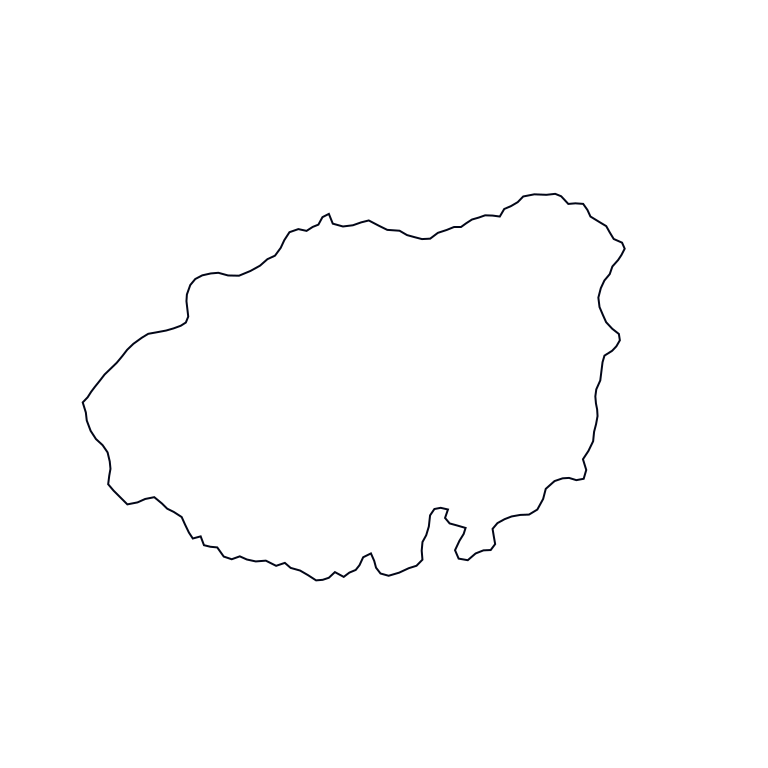 the district of Pedrinópolis, Minas Gerais, Brazil, rotated 137°
{"feature_id": "56859067B59580364886114", "entity_name": "Pedrinópolis", "entity_type": "district", "adm_level": 2, "iso_a3": "BRA", "parent_name": "Brazil", "parent_adm1": "Minas Gerais", "projection": "orthographic", "projection_center": [-47.512, -19.19], "detail": "fine", "context": "isolated", "style": "outline", "palette": "ink", "viewbox_px": 768, "rotation_deg": 137, "n_neighbors": 0, "source": "geoboundaries", "source_scale": "gbopen_adm2", "svg_char_len": 2626}
<svg xmlns="http://www.w3.org/2000/svg" viewBox="0 0 768 768"><g transform="rotate(137 384 384)"><path d="M270.1,199.5L262.9,205.8L256.3,210.0L249.7,214.9L245.5,220.0L242.2,225.3L237.9,230.8L232.4,235.3L223.4,239.1L216.0,245.3L209.3,250.9L203.4,254.4L194.5,252.7L188.3,253.1L181.7,255.1L178.1,260.4L179.4,268.7L179.4,277.7L176.8,285.3L173.9,293.3L168.3,301.0L160.1,306.2L152.2,309.4L144.0,310.4L136.8,314.2L128.2,315.0L122.4,316.4L115.7,318.8L113.5,325.0L117.1,333.4L115.5,341.0L113.8,347.9L115.9,355.2L118.8,365.7L116.5,372.6L115.5,379.9L120.8,385.6L126.4,390.0L126.4,400.5L129.1,406.3L136.2,411.6L144.7,420.2L154.3,426.2L162.2,425.8L169.8,427.5L176.7,430.0L185.1,427.5L189.7,433.1L195.0,438.4L201.2,441.1L207.5,444.3L214.3,445.5L220.6,446.3L225.8,451.1L233.1,453.9L241.5,457.8L251.1,458.8L257.4,464.1L261.6,470.7L265.6,477.2L268.1,485.5L276.5,494.5L279.8,503.2L283.6,514.0L290.5,517.8L298.5,521.3L306.6,527.2L312.1,536.2L308.3,546.0L315.2,548.0L323.3,545.3L329.0,547.5L336.2,548.8L341.0,555.7L349.6,559.5L358.8,557.2L366.7,554.0L376.2,552.2L384.1,554.8L394.0,555.1L404.7,557.8L416.2,562.1L424.0,569.7L429.3,578.3L435.3,583.0L442.8,587.4L450.4,589.5L458.2,588.5L467.1,583.9L472.0,579.3L477.3,572.1L481.2,566.8L487.0,564.1L492.9,565.2L500.0,568.2L506.9,571.7L515.7,577.3L522.2,581.5L529.5,583.0L539.8,584.3L548.4,584.2L556.3,582.9L564.9,581.8L581.9,581.5L589.8,580.2L597.4,579.1L603.6,578.0L609.8,576.4L616.9,576.0L621.5,566.5L626.3,560.0L630.5,549.8L632.2,540.2L631.5,531.2L632.8,522.5L637.4,514.4L641.9,508.5L647.5,504.3L654.1,498.8L654.5,490.4L654.2,481.9L653.8,471.0L645.0,465.5L637.1,462.8L629.2,457.9L627.9,448.0L627.6,440.7L625.0,433.8L622.7,424.7L625.3,417.1L628.0,408.4L629.2,401.4L622.0,397.6L625.6,388.9L622.0,383.4L617.4,378.2L618.9,367.1L614.9,359.7L607.0,356.3L604.0,349.2L598.8,341.7L590.9,335.4L586.9,324.6L578.5,320.8L577.7,313.2L572.6,304.8L569.9,295.9L567.6,286.7L562.4,282.6L556.5,279.9L548.2,279.9L545.0,270.4L538.0,269.7L531.5,267.3L525.5,268.2L517.4,271.5L509.1,269.0L511.8,261.3L515.1,255.1L515.8,247.8L511.4,240.6L501.6,235.7L491.5,232.4L484.2,228.9L475.7,229.3L470.1,236.4L463.6,242.2L456.3,244.6L448.4,249.2L439.9,256.5L432.4,258.2L427.0,254.8L422.8,248.6L430.7,244.4L431.1,237.3L427.1,230.8L422.5,223.1L428.0,220.0L435.7,217.9L445.4,214.0L448.5,205.4L442.9,198.0L432.6,197.6L424.7,194.5L419.2,189.8L411.9,191.1L407.4,198.0L403.4,204.0L395.9,204.9L388.0,202.9L381.0,200.1L373.6,195.3L367.0,189.6L357.5,187.6L346.0,191.4L337.2,197.0L325.5,196.7L317.7,193.2L312.7,189.1L308.9,182.5L302.6,178.5L294.7,183.2L289.8,193.3L280.2,195.6L270.1,199.5Z" fill="none" stroke="#020617" stroke-width="2"/></g></svg>